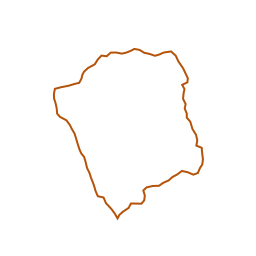 Aperibé, Rio de Janeiro, Brazil, rotated 113°
{"feature_id": "56859067B41541405954438", "entity_name": "Aperibé", "entity_type": "district", "adm_level": 2, "iso_a3": "BRA", "parent_name": "Brazil", "parent_adm1": "Rio de Janeiro", "projection": "equal_earth", "projection_center": [-42.132, -21.653], "detail": "fine", "context": "isolated", "style": "outline", "palette": "amber", "viewbox_px": 256, "rotation_deg": 113, "n_neighbors": 0, "source": "geoboundaries", "source_scale": "gbopen_adm2", "svg_char_len": 1279}
<svg xmlns="http://www.w3.org/2000/svg" viewBox="0 0 256 256"><g transform="rotate(113 128 128)"><path d="M142.1,46.1L136.8,46.1L132.6,45.4L127.5,46.8L121.3,50.4L117.4,52.4L117.5,58.2L112.3,59.4L107.7,62.7L103.7,68.3L97.8,73.2L95.5,77.9L91.8,79.5L87.9,83.4L83.4,84.3L79.7,88.7L74.3,90.4L70.1,91.2L67.1,95.0L62.8,91.2L58.9,92.3L55.8,95.8L51.6,100.5L46.9,107.8L42.8,112.3L40.7,118.3L44.6,124.6L48.4,128.2L51.0,131.4L51.4,137.1L52.4,142.4L51.6,147.9L52.7,153.0L56.2,155.9L59.6,159.4L62.0,162.9L63.1,168.2L65.3,173.3L70.3,175.7L71.7,180.7L76.8,182.6L82.4,183.5L88.3,188.2L93.4,190.5L96.9,190.8L100.9,190.1L105.5,190.6L108.4,194.5L112.0,198.8L116.8,205.8L120.5,210.6L125.6,209.5L129.7,207.6L133.4,204.4L137.8,201.3L142.5,198.8L144.3,195.0L145.0,187.6L148.1,182.5L150.7,179.5L154.2,174.8L158.8,171.0L162.8,167.7L167.1,163.9L169.7,161.0L171.7,157.2L175.5,154.0L180.8,150.1L184.7,145.6L188.3,142.6L191.5,139.4L195.0,136.2L198.5,133.4L202.6,129.1L201.5,123.4L205.8,118.9L209.0,111.7L211.9,106.8L215.3,102.3L211.4,102.0L207.1,100.0L201.3,96.2L196.4,95.8L194.6,91.5L192.4,86.0L188.1,84.8L183.5,86.2L179.5,89.5L175.4,87.7L171.8,82.7L169.0,76.8L165.0,74.4L160.4,70.1L155.7,67.9L151.6,64.6L146.5,61.6L145.4,55.9L145.4,49.6L142.1,46.1Z" fill="none" stroke="#b45309" stroke-width="2"/></g></svg>